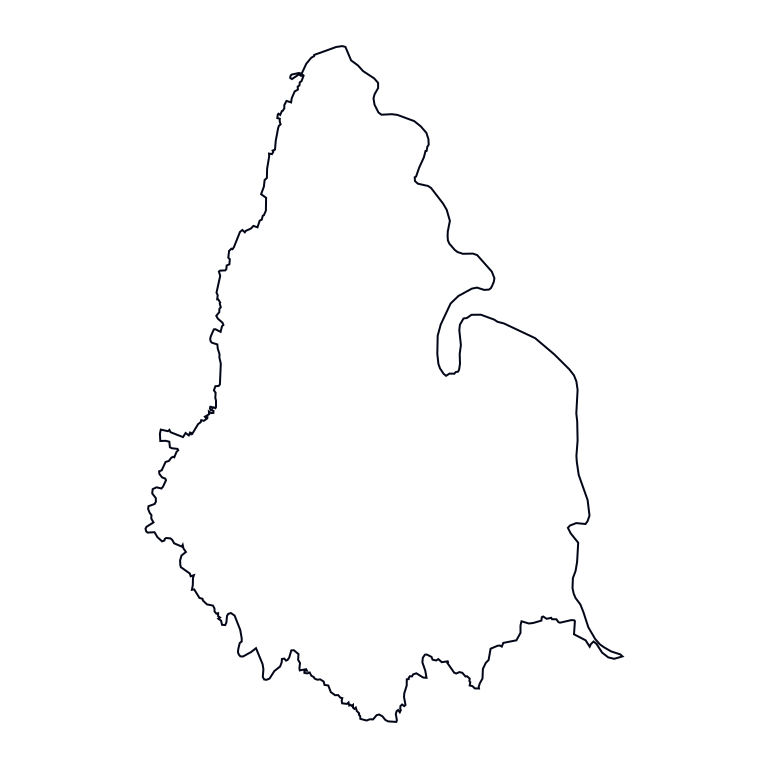 Magura, Khulna, Bangladesh
{"feature_id": "16705992B78415132034426", "entity_name": "Magura", "entity_type": "district", "adm_level": 2, "iso_a3": "BGD", "parent_name": "Bangladesh", "parent_adm1": "Khulna", "projection": "equal_earth", "projection_center": [89.424, 23.47], "detail": "fine", "context": "isolated", "style": "outline", "palette": "ink", "viewbox_px": 768, "rotation_deg": 0, "n_neighbors": 0, "source": "geoboundaries", "source_scale": "gbopen_adm2", "svg_char_len": 6095}
<svg xmlns="http://www.w3.org/2000/svg" viewBox="0 0 768 768"><path d="M446.7,209.8L443.0,203.5L431.1,188.0L428.1,186.0L417.9,183.7L415.0,181.1L414.7,177.3L416.1,176.5L419.1,167.8L423.9,157.3L425.5,151.0L426.6,150.9L427.4,146.6L428.7,144.7L428.4,139.0L426.4,132.9L420.8,126.4L414.2,121.1L397.4,114.9L391.9,114.2L381.4,114.7L378.4,112.4L374.5,104.6L373.5,98.3L374.6,94.2L378.1,88.1L378.1,82.9L374.2,78.4L363.1,71.1L357.9,65.4L351.1,60.4L345.4,46.9L342.3,46.1L336.1,47.0L314.2,54.9L314.1,56.1L311.3,57.7L306.3,63.7L301.7,73.6L298.8,73.0L291.5,74.6L290.5,75.9L290.2,77.9L291.9,79.1L299.0,74.3L301.0,75.9L302.9,75.0L303.6,75.6L301.5,81.2L299.8,82.3L299.4,85.5L297.7,86.6L297.9,89.6L294.7,91.4L291.7,98.3L291.1,102.4L286.5,100.9L284.3,105.1L284.3,108.3L282.8,110.8L281.9,111.0L280.2,114.9L278.5,113.7L277.8,114.5L277.3,118.1L279.8,118.7L279.7,121.3L280.6,124.4L278.9,125.8L278.1,128.2L275.7,141.1L275.0,149.6L272.6,150.6L273.3,151.8L272.0,154.1L269.0,153.6L269.2,156.2L267.1,168.9L266.9,177.9L264.6,180.1L263.9,186.6L261.1,194.2L266.1,197.8L265.9,210.6L263.9,215.2L262.8,215.7L261.7,219.7L259.7,220.6L257.5,227.3L253.4,225.9L251.0,228.5L245.7,230.9L244.8,232.3L242.3,230.0L240.0,231.9L233.9,247.2L232.5,249.2L231.4,248.7L229.1,250.9L228.3,257.6L229.8,259.2L229.4,264.3L226.7,265.5L226.3,269.2L225.2,270.4L220.2,270.6L218.9,271.6L220.2,275.8L216.5,292.7L217.7,295.2L217.2,299.3L218.2,299.3L220.2,302.6L219.7,303.6L220.8,307.2L219.4,308.9L219.3,312.1L216.3,315.8L217.8,318.6L222.5,322.7L223.4,325.0L222.0,326.2L220.6,331.9L215.4,329.2L213.8,329.4L210.6,336.8L210.2,339.4L210.8,341.6L212.1,342.8L217.3,344.4L217.8,348.8L219.5,354.2L219.4,357.6L220.8,363.6L219.9,384.5L218.6,386.0L215.4,386.2L213.9,390.4L215.6,392.7L215.3,397.9L216.0,400.5L216.0,407.1L215.4,408.2L213.8,407.3L212.4,408.4L211.7,406.9L210.3,406.8L209.9,408.6L210.8,410.0L213.5,410.9L213.4,412.9L211.1,413.1L208.9,411.5L209.1,414.2L204.9,416.7L205.7,417.6L207.4,417.4L207.3,418.3L203.9,420.8L201.2,420.2L200.7,422.2L198.1,424.1L192.1,434.1L191.3,434.3L191.1,432.9L190.1,432.5L188.8,435.4L185.6,433.0L183.0,437.1L170.5,432.2L169.4,429.9L167.9,431.2L160.8,429.6L159.9,433.7L160.3,441.0L165.6,440.8L169.3,441.7L169.9,447.2L171.6,448.2L177.5,448.9L178.2,450.1L176.4,452.1L174.3,457.3L173.1,456.8L171.3,457.7L168.8,461.0L165.6,461.9L161.7,470.3L159.1,471.3L159.4,474.0L162.1,477.4L165.2,478.6L166.0,480.2L163.0,486.7L161.4,488.5L156.6,487.3L152.7,489.1L152.2,493.4L155.8,498.1L155.9,501.7L154.6,504.0L148.5,506.2L148.1,508.9L149.7,512.9L151.4,515.0L151.3,518.6L153.5,522.4L146.5,526.8L145.5,528.7L146.2,531.4L147.6,532.6L154.5,532.2L157.4,537.1L162.1,541.4L164.4,540.5L164.8,538.9L166.2,538.0L170.5,538.4L172.4,540.1L174.1,543.3L181.8,546.6L182.7,544.9L183.4,548.3L185.9,552.0L181.5,555.5L180.1,560.4L180.3,565.0L180.9,567.2L189.8,573.5L190.7,576.3L193.9,575.2L193.0,577.9L192.8,585.2L191.9,589.8L194.2,589.4L199.4,597.9L202.5,598.8L203.0,600.6L207.0,604.4L213.0,605.6L214.5,608.6L214.5,611.4L216.4,613.7L218.1,613.2L218.1,616.2L220.0,617.5L218.3,618.7L221.1,620.7L222.0,624.8L225.2,625.1L226.4,622.4L227.0,616.0L228.1,614.0L230.9,613.0L234.6,615.6L240.2,629.8L241.7,638.2L241.7,641.5L239.7,643.1L238.4,648.5L237.9,652.0L238.8,654.5L240.4,656.4L243.0,656.5L251.0,652.1L256.0,648.2L262.6,664.2L263.4,669.3L262.8,677.0L264.2,679.5L266.6,679.8L269.6,678.5L274.3,671.1L280.1,666.5L281.7,662.3L281.9,659.0L284.3,658.6L286.0,660.6L287.5,660.0L289.2,657.6L291.3,650.4L293.8,650.2L298.5,654.1L298.1,659.7L300.0,663.1L299.4,668.3L299.8,670.4L306.1,669.2L306.9,670.7L304.4,670.5L304.4,672.9L307.3,673.4L309.7,672.5L311.3,675.7L313.8,677.1L314.5,678.5L317.2,679.7L320.3,679.4L323.7,681.6L324.5,684.9L328.3,685.5L330.8,692.1L335.1,695.2L338.2,695.1L340.4,697.7L342.3,698.1L341.7,700.8L342.1,703.3L347.0,703.9L348.5,702.5L349.2,705.5L350.6,704.8L351.7,705.9L353.0,704.9L353.0,707.6L354.4,708.9L355.8,707.6L356.8,711.0L359.1,713.3L358.9,714.7L360.1,716.0L360.4,718.9L366.6,720.5L369.7,719.3L373.1,719.4L376.6,715.2L379.1,714.5L382.4,716.3L385.4,720.0L388.2,721.4L396.3,721.9L396.9,720.3L395.8,714.0L396.6,711.3L398.1,710.0L399.8,712.3L400.8,710.2L400.2,708.5L400.5,706.0L402.1,704.5L404.2,706.1L405.5,705.0L404.0,697.0L404.3,693.2L406.7,685.6L406.8,679.3L408.7,679.1L408.8,677.6L410.0,676.2L412.0,676.4L413.1,674.4L416.3,673.3L423.1,677.5L426.5,677.8L425.3,670.8L422.4,662.4L422.8,657.8L424.9,654.7L426.7,654.5L431.5,656.9L432.6,659.7L436.2,660.5L438.3,659.1L441.8,662.2L447.7,661.3L448.1,662.2L447.4,663.0L454.2,672.7L456.2,673.5L459.4,672.1L462.3,672.8L465.5,676.5L467.1,676.3L469.7,678.6L469.4,681.2L470.3,682.2L469.7,685.5L472.4,686.1L474.8,688.4L479.0,688.5L478.7,686.7L479.9,683.2L482.5,678.5L482.9,668.9L485.7,663.0L488.6,660.0L490.6,648.7L497.5,645.8L499.7,645.5L501.8,646.6L503.3,642.9L516.4,640.3L520.5,632.9L520.5,625.5L521.5,621.3L528.9,623.5L533.1,623.0L541.4,620.6L541.8,617.2L543.1,616.5L546.7,618.8L551.2,617.8L552.0,619.2L556.4,619.3L558.4,622.1L560.0,622.7L571.3,620.1L574.2,620.3L574.9,621.1L574.0,634.3L585.6,640.3L589.7,646.7L590.8,644.2L593.6,641.5L596.5,643.9L602.1,652.6L608.3,657.4L614.2,658.8L622.5,656.4L620.3,654.4L611.1,651.4L603.7,647.1L599.7,644.2L595.1,638.9L588.3,627.2L583.4,612.1L580.4,604.5L575.6,598.1L573.7,593.7L572.5,588.1L572.9,578.2L575.6,570.8L577.1,561.8L578.2,542.7L570.7,533.4L567.9,527.8L570.0,525.5L576.2,523.1L585.5,524.0L587.6,521.1L589.5,515.6L587.6,500.0L578.7,474.9L576.8,461.9L576.4,455.9L577.6,440.5L577.2,421.3L576.3,413.5L577.6,389.8L576.4,381.5L574.0,375.4L569.3,369.3L554.3,354.4L535.2,338.2L503.8,323.4L497.5,321.8L494.2,319.6L480.8,314.7L471.5,314.8L466.9,318.0L463.5,318.5L459.9,324.7L459.3,330.2L460.9,345.1L459.7,353.8L460.0,363.7L459.1,369.6L458.1,371.6L455.7,372.1L454.3,373.7L449.5,373.6L446.1,375.8L443.6,373.8L440.0,368.4L438.4,363.9L437.3,353.9L437.7,335.7L440.7,324.6L450.6,303.5L458.4,296.0L471.9,288.6L477.0,287.6L484.2,289.9L488.9,289.6L490.9,288.1L492.1,285.9L493.8,281.8L494.4,278.2L491.8,271.6L477.2,255.1L472.9,253.6L462.9,253.8L457.7,252.1L454.9,250.1L449.3,243.6L447.9,240.4L447.6,235.9L447.8,231.3L449.9,220.9L446.7,209.8Z" fill="none" stroke="#020617" stroke-width="2"/></svg>